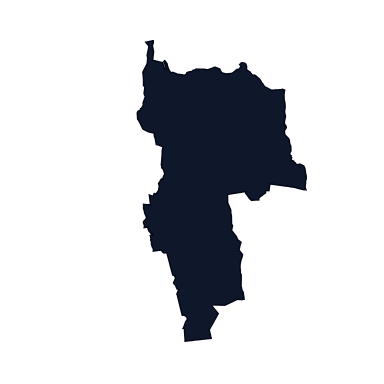 Variešu pag., Krustpils, Latvia (Albers equal-area conic projection), rotated 114°
{"feature_id": "27541924B55912834696629", "entity_name": "Variešu pag.", "entity_type": "district", "adm_level": 2, "iso_a3": "LVA", "parent_name": "Latvia", "parent_adm1": "Krustpils", "projection": "albers", "projection_center": [25.991, 56.596], "detail": "fine", "context": "isolated", "style": "filled", "palette": "ink", "viewbox_px": 384, "rotation_deg": 114, "n_neighbors": 0, "source": "geoboundaries", "source_scale": "gbopen_adm2", "svg_char_len": 5851}
<svg xmlns="http://www.w3.org/2000/svg" viewBox="0 0 384 384"><g transform="rotate(114 192 192)"><path d="M69.6,288.9L69.7,289.2L74.0,295.1L76.1,290.9L77.8,290.2L85.2,288.6L87.8,286.8L93.1,285.1L102.7,285.6L103.0,285.3L108.6,282.2L111.6,280.8L114.3,279.7L115.2,277.9L115.4,277.6L121.4,275.9L122.4,275.0L123.9,273.2L124.4,273.3L125.1,273.3L130.5,272.9L132.3,271.8L135.7,272.1L136.9,272.8L138.1,272.7L138.5,272.7L139.0,273.0L139.7,273.7L140.4,274.2L141.9,274.1L142.4,274.0L144.9,272.6L147.5,271.3L148.0,270.3L150.2,267.4L154.2,262.6L154.5,261.0L154.7,257.2L154.6,256.2L154.2,253.7L153.9,252.4L153.7,250.9L153.8,250.4L156.2,249.1L157.9,247.5L159.5,246.3L160.2,245.9L161.8,244.8L163.1,243.9L162.8,242.7L162.4,236.8L163.7,236.6L166.5,235.9L170.0,234.4L170.9,234.1L171.0,234.1L171.4,233.9L179.7,231.0L179.4,230.5L182.2,229.5L182.3,229.0L182.4,228.7L182.6,228.1L183.1,227.3L183.8,226.6L185.9,224.8L186.3,224.5L186.8,224.3L188.1,224.2L189.2,224.4L189.9,224.2L190.8,224.2L192.0,224.0L192.4,224.0L192.6,224.1L192.6,224.3L192.5,225.1L193.5,225.4L194.9,225.6L195.9,225.5L197.3,226.0L197.7,226.0L200.4,224.0L200.9,224.0L204.4,223.1L205.6,223.4L207.0,223.7L208.7,224.2L208.7,225.3L208.8,225.9L211.9,225.9L212.1,229.7L220.4,224.7L221.8,227.6L222.6,229.9L223.0,231.2L226.8,229.5L228.8,227.7L230.4,226.7L230.8,226.3L231.4,225.6L232.5,224.4L233.5,223.3L233.7,223.2L233.9,223.1L234.5,223.1L235.8,223.2L236.4,223.3L237.4,223.8L238.0,224.0L239.0,224.1L239.6,224.0L239.8,223.9L240.2,223.4L241.9,221.8L242.3,221.6L243.9,221.2L242.1,218.3L245.1,215.6L245.8,214.0L246.2,213.3L246.8,212.2L246.6,211.3L246.3,210.4L247.1,210.2L247.4,210.6L248.7,212.4L250.9,210.7L252.7,210.1L254.1,208.7L256.3,207.7L258.8,205.4L259.7,203.9L260.8,203.7L261.7,203.3L259.3,199.5L257.6,196.5L259.2,193.2L257.7,190.2L274.9,176.4L275.7,175.6L275.7,175.4L275.5,173.8L276.1,173.4L277.4,171.9L282.5,171.9L283.6,170.3L283.7,168.9L284.9,168.1L286.7,166.1L286.3,164.4L291.3,164.3L291.3,164.1L308.5,150.8L307.9,149.4L307.7,149.0L307.7,148.7L307.9,147.6L308.6,145.3L310.1,144.7L310.7,144.0L311.2,144.4L311.5,144.4L312.7,145.0L317.3,144.6L320.1,144.6L319.5,143.6L329.4,138.4L331.1,137.6L329.1,134.3L327.2,130.9L326.3,129.7L325.4,128.0L324.2,125.9L319.8,118.4L318.4,115.9L317.9,115.0L311.7,119.7L310.8,120.3L309.8,120.2L308.0,120.0L292.4,118.6L287.7,128.2L287.0,127.7L286.7,127.2L282.3,116.6L281.9,115.8L271.8,107.2L270.2,103.6L270.1,103.4L270.3,103.2L268.7,100.8L262.8,104.5L261.8,106.1L257.9,109.0L251.0,111.9L247.5,113.5L246.3,115.0L244.8,115.6L241.4,117.5L238.7,118.6L235.0,119.5L233.5,119.7L230.7,119.9L228.6,120.5L226.0,125.5L220.4,126.6L218.2,126.7L218.0,126.8L217.1,130.7L214.5,133.7L211.0,140.3L206.8,141.2L206.1,141.4L205.3,142.9L203.8,143.5L197.3,146.6L195.9,147.8L192.6,149.4L187.3,155.1L179.7,158.6L176.4,153.5L169.5,142.8L171.3,142.6L171.7,141.5L174.6,136.7L175.1,135.0L175.4,134.3L174.1,131.9L172.8,129.5L172.1,127.8L170.0,128.6L166.2,126.4L165.7,126.2L162.9,124.5L160.6,125.3L160.6,125.1L159.8,123.0L159.4,122.3L153.0,124.2L151.9,120.8L148.2,108.0L148.0,107.8L147.6,106.3L147.2,104.3L145.9,100.0L145.9,99.6L145.4,96.2L144.4,90.9L144.2,90.3L143.7,89.7L143.6,88.9L142.0,90.3L141.4,90.8L137.2,92.1L135.9,92.7L135.3,92.9L134.4,92.9L133.6,93.0L132.5,93.5L131.0,94.2L128.1,96.3L126.9,97.0L125.1,98.1L123.8,99.3L123.0,100.3L122.8,100.7L122.8,101.0L122.6,104.5L122.9,105.1L124.0,106.5L124.3,107.2L124.3,108.0L124.1,108.7L123.5,109.3L123.4,109.5L123.7,109.8L123.0,111.1L122.5,111.7L122.4,112.0L122.4,112.3L122.5,112.7L122.7,113.0L122.9,113.1L123.0,113.3L122.9,113.5L122.6,113.7L122.5,113.8L122.4,114.0L122.5,114.2L122.5,114.3L122.4,114.5L122.1,114.7L121.5,114.7L121.4,114.8L121.1,114.9L120.8,114.9L120.7,114.9L120.6,115.1L120.3,115.2L120.1,115.1L120.0,115.4L119.7,115.6L119.3,116.0L119.1,116.4L118.6,116.3L118.6,116.8L118.5,117.1L118.4,117.4L117.9,117.9L117.2,118.3L116.7,118.5L115.9,118.6L114.8,118.3L114.2,118.4L110.2,120.3L109.4,121.0L108.5,122.1L107.3,122.9L104.8,124.5L104.1,125.2L103.9,125.6L103.7,126.1L103.4,126.9L102.3,129.7L101.8,130.5L101.4,130.9L100.7,131.3L99.1,132.2L98.7,132.4L98.2,132.5L97.7,132.5L95.4,132.1L94.8,132.1L94.3,132.3L93.8,132.8L93.4,133.2L92.7,134.4L92.2,135.1L91.6,135.7L90.3,136.1L89.1,136.5L88.2,136.7L86.8,136.9L85.1,137.3L84.7,137.5L82.5,139.2L81.1,140.1L79.6,140.6L77.0,141.3L75.9,141.8L73.4,143.1L72.6,143.6L70.6,145.1L69.1,146.0L68.3,146.3L66.5,147.2L65.7,147.6L62.4,148.6L61.3,148.8L61.4,151.3L62.7,152.6L62.8,153.0L63.0,153.7L63.8,154.8L64.6,156.9L65.0,157.6L65.4,158.2L65.6,158.5L66.1,159.3L66.1,159.6L66.4,160.0L66.8,160.9L66.7,162.1L66.4,166.0L66.4,167.9L65.8,169.5L64.7,171.0L64.3,171.6L64.4,171.8L63.7,173.1L62.8,174.3L62.7,174.2L62.5,174.5L61.8,175.5L61.1,177.0L61.0,177.7L60.1,180.4L59.8,181.8L59.8,182.3L59.9,182.7L60.1,183.2L60.7,184.0L60.7,184.3L60.7,184.7L60.5,184.8L58.8,188.0L58.4,190.4L58.1,192.0L55.1,193.2L53.3,194.8L52.9,196.1L53.3,197.8L53.4,198.5L54.0,199.5L54.6,199.6L56.2,200.3L57.1,198.6L57.4,198.1L59.6,198.8L61.6,199.3L61.5,200.6L66.6,203.2L66.9,203.1L69.3,207.0L69.9,208.1L70.1,208.6L70.5,208.8L70.4,208.9L71.1,214.2L70.0,214.6L69.9,215.1L69.7,215.5L69.3,215.9L68.6,216.3L68.4,216.6L68.4,216.9L68.6,221.8L72.3,225.5L74.0,227.3L74.8,229.9L74.7,230.0L74.8,230.1L75.4,232.0L76.3,233.7L76.5,234.4L78.2,238.4L78.8,238.5L79.1,238.6L79.3,238.9L79.9,239.9L80.2,240.3L82.0,241.0L82.2,241.5L82.6,242.2L82.9,242.5L83.2,243.1L83.5,243.6L84.1,244.0L84.7,244.9L84.9,245.0L85.3,245.2L85.9,245.1L87.2,245.4L88.3,246.3L88.7,246.5L88.8,248.6L89.1,248.9L89.6,250.9L90.3,252.8L90.5,257.9L90.9,258.7L91.2,259.0L91.5,259.6L91.6,259.8L91.3,260.4L90.3,262.1L89.5,263.1L87.9,264.7L86.2,266.2L85.1,266.9L83.7,269.1L83.2,269.9L83.1,270.3L84.3,270.8L87.3,267.7L89.8,265.6L90.8,266.8L85.8,271.7L86.2,273.3L87.7,281.6L81.0,283.7L79.7,284.1L79.0,284.5L76.2,286.5L74.1,287.9L73.3,288.0L71.9,287.9L69.6,288.9Z" fill="#0f172a" stroke="#020617" stroke-width="1.5"/></g></svg>